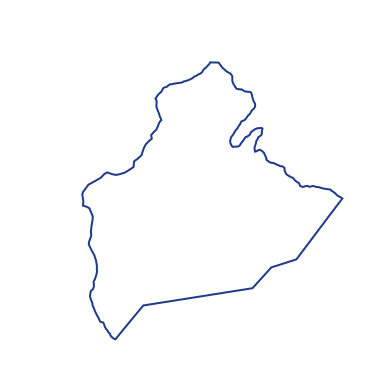 outline of Phuntsthothang, Samdrup Jongkhar, Bhutan, rotated 337°
{"feature_id": "84629894B82317088432699", "entity_name": "Phuntsthothang", "entity_type": "district", "adm_level": 2, "iso_a3": "BTN", "parent_name": "Bhutan", "parent_adm1": "Samdrup Jongkhar", "projection": "orthographic", "projection_center": [91.692, 26.867], "detail": "fine", "context": "isolated", "style": "outline", "palette": "blue", "viewbox_px": 384, "rotation_deg": 337, "n_neighbors": 0, "source": "geoboundaries", "source_scale": "gbopen_adm2", "svg_char_len": 3946}
<svg xmlns="http://www.w3.org/2000/svg" viewBox="0 0 384 384"><g transform="rotate(337 192 192)"><path d="M64.0,297.7L73.9,292.4L102.8,277.4L133.9,285.2L210.1,304.2L235.6,292.4L261.8,294.8L308.5,267.8L327.9,256.7L327.1,255.4L326.1,254.2L325.6,253.6L324.6,252.3L324.1,251.4L323.5,249.5L322.8,248.4L322.3,247.3L321.8,246.5L320.8,245.2L320.7,244.3L320.0,243.6L318.6,242.8L316.9,241.8L315.2,240.7L313.4,239.5L311.7,238.0L310.4,236.9L308.9,236.3L306.6,234.4L305.6,233.7L303.4,233.4L302.1,233.1L301.2,232.0L300.6,231.5L298.1,230.8L297.1,230.9L295.7,230.5L293.8,228.4L294.0,226.6L294.0,225.7L292.8,224.2L292.1,222.9L291.2,221.3L290.6,218.7L290.2,218.2L288.9,216.9L287.1,214.6L285.8,212.5L285.6,208.9L286.5,205.9L285.4,203.8L284.3,203.3L283.3,202.7L282.5,201.7L281.5,200.6L280.9,200.0L280.1,199.2L279.4,198.4L278.6,197.4L278.1,197.0L277.2,196.6L276.6,196.2L276.1,195.8L275.2,195.0L274.8,194.5L274.5,194.0L274.2,193.2L273.7,192.4L273.3,192.0L273.1,191.3L273.4,190.4L273.7,189.8L273.6,188.9L273.6,186.3L273.5,185.1L273.5,184.3L273.4,183.6L272.7,182.2L272.2,181.2L271.3,180.1L270.7,179.5L270.0,179.4L268.9,179.5L267.7,179.7L267.0,179.7L265.7,179.4L266.9,175.5L269.5,172.6L271.3,170.0L273.0,169.0L274.2,167.6L275.7,167.3L277.8,166.7L279.1,165.7L279.5,164.5L280.5,162.8L281.6,161.2L281.1,160.2L280.0,159.8L277.2,158.9L274.6,158.8L272.5,159.2L270.3,159.8L268.7,160.6L268.0,161.7L265.8,162.3L263.7,162.6L262.9,162.4L261.4,163.2L259.1,164.8L257.0,165.8L256.0,166.5L254.3,167.7L252.8,168.1L250.5,167.6L248.6,166.8L247.0,166.3L246.5,164.3L246.5,161.9L246.8,160.4L247.3,159.6L248.3,158.2L249.2,157.0L250.7,156.1L252.6,155.1L253.7,154.1L256.4,152.3L258.7,151.1L261.3,149.2L262.6,148.5L263.8,147.3L265.0,146.4L266.5,146.3L268.5,146.3L269.7,145.9L271.4,144.8L274.1,143.2L275.3,143.0L276.8,142.0L277.7,141.2L279.4,140.1L280.3,139.8L281.1,139.7L282.4,138.9L283.7,137.6L284.1,136.6L284.5,135.3L284.4,133.8L284.2,132.8L284.6,128.3L284.9,126.9L285.2,125.2L285.1,123.1L284.0,122.3L282.0,121.2L280.8,120.5L279.9,120.0L278.3,117.8L277.5,116.7L276.9,116.8L276.3,116.3L275.3,115.6L274.3,115.0L273.4,114.4L272.8,112.0L272.4,108.8L272.4,107.3L272.4,106.1L272.6,105.4L273.2,103.9L273.7,102.6L274.3,101.4L274.2,100.2L274.0,99.4L273.7,98.1L271.0,94.6L269.9,92.3L268.5,89.3L267.8,86.3L267.1,83.3L259.4,79.8L258.8,80.4L258.1,80.8L257.5,81.2L255.9,81.8L254.3,82.6L252.8,83.1L250.2,84.0L248.6,85.4L247.4,85.8L246.2,86.3L243.6,86.2L243.0,86.5L238.7,86.8L237.2,87.4L233.2,87.6L229.9,87.4L227.3,87.0L226.3,87.3L225.1,87.2L220.4,85.9L217.1,85.1L216.1,85.0L213.6,84.3L211.3,84.8L210.7,85.1L209.5,85.3L207.5,85.0L206.4,85.1L205.4,85.6L204.2,86.8L202.1,88.1L199.8,88.7L197.9,89.8L196.1,91.0L194.9,91.7L195.0,92.8L194.9,94.6L194.6,95.5L194.0,96.6L193.3,97.9L192.6,99.4L192.4,101.2L192.3,103.3L192.3,105.0L192.3,106.6L192.1,108.2L191.9,109.4L192.0,111.9L191.9,113.2L191.8,113.9L191.0,114.1L189.0,115.3L186.6,117.8L183.4,120.8L180.8,121.6L178.2,122.9L176.6,123.7L175.8,127.3L173.1,128.0L168.2,130.0L165.1,132.5L159.8,138.4L155.2,140.1L150.8,141.1L147.9,146.2L143.1,147.1L138.0,147.9L132.6,147.4L128.7,146.6L125.5,144.4L123.0,142.1L121.5,140.8L118.1,141.3L113.6,143.2L109.1,143.8L99.5,144.8L94.8,147.6L92.0,149.2L90.0,151.4L89.1,155.3L88.1,158.8L86.3,161.8L87.5,162.8L89.8,165.0L91.3,167.1L91.1,168.8L91.2,171.5L91.1,175.8L89.3,179.3L87.8,181.4L85.4,185.5L83.5,188.8L82.3,192.7L79.2,196.1L77.7,197.7L76.5,199.9L76.6,203.8L76.9,207.5L77.4,211.9L77.1,214.4L76.9,217.6L75.7,222.6L74.3,225.7L73.6,228.1L72.2,230.0L70.6,232.1L68.5,234.3L66.3,236.2L65.8,238.1L64.6,240.9L62.8,242.8L60.6,243.4L59.0,245.3L57.4,248.0L57.0,250.0L56.9,253.0L56.9,255.2L56.1,257.9L56.3,260.7L56.1,263.2L56.3,267.1L56.6,270.1L56.8,273.2L56.8,275.4L57.8,276.4L59.0,277.1L59.3,278.4L59.4,280.0L59.2,281.1L59.1,282.1L59.4,284.5L60.2,286.9L60.2,288.5L60.7,289.4L61.2,290.3L61.1,291.1L60.8,292.2L61.1,292.8L61.4,293.6L61.7,294.6L62.0,295.3L63.0,296.7L63.5,297.2L64.0,297.7Z" fill="none" stroke="#1e3a8a" stroke-width="2"/></g></svg>